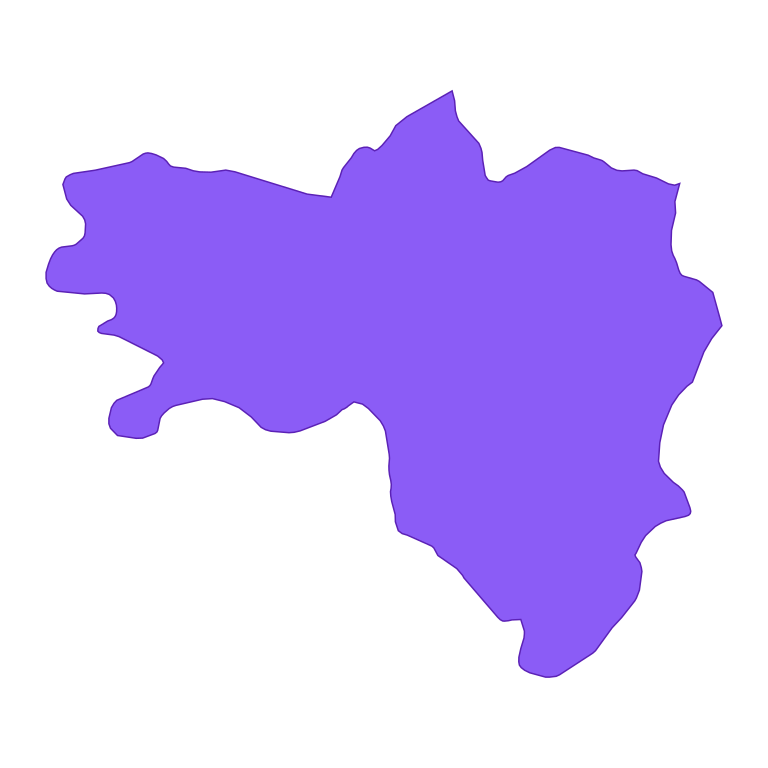 SVG path tracing the border of Wardak
{"feature_id": "AFG-1774", "entity_name": "Wardak", "entity_type": "Province", "adm_level": 1, "iso_a3": "AFG", "parent_name": "Afghanistan", "parent_adm1": "", "projection": "equal_earth", "projection_center": [68.09, 34.238], "detail": "fine", "context": "isolated", "style": "filled", "palette": "violet", "viewbox_px": 768, "rotation_deg": 0, "n_neighbors": 0, "source": "natural_earth", "source_scale": "10m", "svg_char_len": 3443}
<svg xmlns="http://www.w3.org/2000/svg" viewBox="0 0 768 768"><path d="M679.7,183.5L674.9,201.6L675.6,213.0L671.5,230.4L671.0,244.6L671.7,250.9L673.2,255.3L674.9,258.6L676.7,263.1L678.7,269.9L680.1,273.2L681.8,275.3L684.0,276.3L696.5,279.9L699.3,281.4L712.8,292.4L719.8,317.7L721.9,325.7L711.7,338.6L703.9,351.9L692.4,382.1L687.0,386.2L678.7,394.8L671.8,405.0L663.5,424.9L659.8,442.7L658.5,461.3L660.4,467.2L664.2,473.4L673.4,482.4L678.3,485.9L682.4,489.9L684.1,492.0L689.9,507.6L690.6,510.6L690.7,511.6L690.2,513.6L688.6,515.2L685.1,516.5L666.2,520.7L660.5,523.3L655.2,526.5L645.6,535.6L641.2,542.4L636.0,553.4L635.0,554.8L635.2,555.7L635.8,557.1L639.9,562.7L641.3,567.6L641.9,571.5L639.4,590.2L636.4,598.0L634.7,601.0L621.6,617.6L612.1,627.8L595.5,650.7L592.8,653.1L559.5,674.8L556.2,676.3L549.6,677.1L545.5,677.1L529.8,672.8L524.7,670.3L521.2,667.6L520.2,666.2L519.4,665.1L518.8,661.8L518.9,657.2L520.8,648.6L524.0,638.0L524.4,633.9L524.4,631.0L520.8,619.5L512.0,619.9L508.5,620.7L504.6,621.1L502.7,621.0L500.3,619.7L497.7,617.2L464.0,578.0L462.6,575.4L456.8,568.6L437.9,555.5L433.8,547.9L431.8,546.1L407.2,535.1L402.2,533.6L398.3,530.7L395.4,521.8L395.2,514.5L391.7,501.4L390.8,496.1L390.5,491.6L391.1,488.2L391.3,484.4L390.8,480.6L389.5,474.8L389.0,470.3L388.9,465.9L389.5,458.3L389.2,454.3L385.4,431.0L383.4,426.0L380.2,420.7L368.4,408.5L362.5,404.1L353.9,401.9L348.3,405.9L347.0,407.1L344.3,408.8L342.1,409.6L336.5,414.8L325.2,421.3L300.1,430.9L294.1,432.3L289.0,432.7L270.8,431.2L265.5,429.7L261.1,427.3L251.3,417.0L239.1,407.7L224.6,401.6L212.5,398.6L202.6,399.2L175.9,405.4L172.7,406.5L169.2,408.5L164.2,412.9L161.6,415.8L160.1,418.4L157.7,430.3L156.9,432.0L155.0,433.5L142.7,438.1L136.1,438.3L117.5,435.5L110.5,428.3L108.9,423.8L108.9,418.3L111.4,407.7L114.0,403.3L116.8,400.3L148.4,386.9L150.0,385.5L151.0,383.8L152.8,378.7L154.0,375.9L159.7,367.5L163.6,362.9L162.2,359.9L157.6,356.0L119.0,336.6L114.1,335.1L101.4,333.4L99.2,332.5L97.8,331.1L98.0,328.4L98.9,326.4L107.7,321.0L110.8,319.9L112.2,319.2L113.9,318.0L115.2,316.4L116.1,314.4L116.6,311.7L116.7,308.3L116.4,305.0L115.3,301.3L113.4,297.9L109.4,294.5L105.8,293.3L101.8,293.0L84.6,293.9L57.2,291.2L54.5,290.0L51.8,288.4L49.3,286.2L47.1,283.1L46.1,278.6L46.1,272.3L48.6,264.0L50.6,258.8L52.6,254.9L54.6,252.0L56.6,249.8L59.0,248.1L61.6,247.1L72.1,245.8L74.3,245.2L76.2,244.2L83.0,238.2L84.4,236.0L85.1,232.9L85.6,223.9L84.7,219.9L82.6,216.2L70.8,205.4L66.7,199.0L62.9,184.5L65.0,178.9L66.3,176.9L70.2,174.7L73.4,173.4L95.2,170.2L129.6,162.6L132.1,161.5L143.2,154.0L145.6,153.2L147.9,152.9L151.6,153.5L156.1,154.9L163.6,158.5L166.7,161.4L168.7,164.1L170.5,166.0L173.7,167.1L185.8,168.3L193.3,170.8L199.8,171.9L211.0,172.2L225.8,170.1L234.9,171.8L307.1,194.1L331.2,197.2L340.0,176.6L342.0,170.1L343.6,167.5L351.3,157.8L353.9,153.5L356.6,150.4L359.4,148.5L363.9,147.3L367.4,147.2L370.2,148.1L374.6,150.8L377.7,149.4L382.0,145.5L390.2,135.8L395.8,125.6L407.0,116.6L452.1,90.9L454.6,100.7L455.4,110.9L457.0,116.8L458.7,121.0L478.9,143.4L481.0,148.4L482.0,152.4L482.7,160.3L485.2,175.5L486.6,177.8L488.3,180.2L490.5,180.9L498.0,182.2L500.8,181.8L502.8,180.7L506.1,176.9L508.2,175.5L514.7,173.2L526.7,166.6L549.8,150.1L555.4,147.5L559.3,147.4L588.2,155.2L593.7,157.9L600.6,160.0L602.3,160.7L604.2,162.0L611.3,167.9L616.9,170.3L622.1,170.9L634.0,170.1L637.1,170.6L642.8,173.8L656.5,178.0L668.5,183.9L674.7,185.2L679.7,183.5Z" fill="#8b5cf6" stroke="#5b21b6" stroke-width="1.5"/></svg>